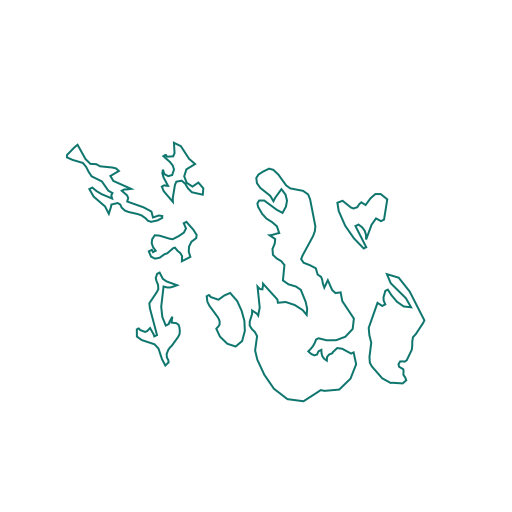 an SVG outline of Orkney, rotated 243°
{"feature_id": "GBR-2744", "entity_name": "Orkney", "entity_type": "Unitary District", "adm_level": 1, "iso_a3": "GBR", "parent_name": "United Kingdom", "parent_adm1": "", "projection": "robinson", "projection_center": [-2.916, 59.046], "detail": "fine", "context": "isolated", "style": "outline", "palette": "teal", "viewbox_px": 512, "rotation_deg": 243, "n_neighbors": 0, "source": "natural_earth", "source_scale": "10m", "svg_char_len": 5137}
<svg xmlns="http://www.w3.org/2000/svg" viewBox="0 0 512 512"><g transform="rotate(243 256 256)"><path d="M320.5,289.9L325.4,291.7L327.5,295.3L328.0,300.5L327.9,307.3L325.0,310.5L318.4,312.9L305.2,314.9L300.7,317.2L292.7,327.5L287.2,330.4L281.8,329.9L255.6,322.4L251.5,319.8L247.9,316.0L235.3,297.7L232.7,294.8L228.3,295.4L223.4,299.8L217.9,303.7L211.5,302.5L207.9,304.5L204.7,304.2L201.3,303.1L196.8,302.5L201.8,309.0L191.1,308.4L186.9,310.0L185.2,314.9L176.7,312.4L155.8,314.8L147.1,309.0L143.5,299.0L144.6,289.2L148.8,280.7L154.3,274.4L154.3,271.6L151.8,268.8L149.8,265.8L148.4,262.6L147.3,259.3L143.5,260.8L141.0,262.9L140.5,265.5L142.7,268.5L142.7,271.6L139.4,270.2L136.4,269.6L133.5,270.1L130.6,271.6L133.8,273.5L135.0,276.3L134.7,279.9L135.4,280.6L137.1,286.6L134.2,290.7L125.9,296.4L125.8,299.2L114.1,296.1L103.8,284.5L99.2,269.5L104.7,255.9L107.1,252.8L105.0,232.4L114.2,219.0L129.6,211.7L146.3,209.5L163.0,210.1L172.2,212.3L184.1,220.6L188.7,220.5L193.0,219.1L196.9,218.8L200.5,220.7L206.0,226.1L209.2,227.8L204.2,230.6L201.9,230.9L208.4,235.9L228.1,243.5L225.5,244.2L224.4,244.9L223.4,246.6L224.9,247.6L226.5,248.9L228.1,249.7L207.6,255.3L204.4,254.3L201.5,261.6L194.7,268.3L186.7,273.0L180.5,274.4L185.7,277.6L192.4,279.4L205.5,280.6L210.7,277.7L216.0,272.1L222.0,268.9L235.0,277.2L239.9,276.2L244.5,273.3L249.3,271.6L254.8,273.9L258.5,278.3L262.4,280.8L268.3,277.5L267.5,279.6L266.5,284.9L265.9,287.1L273.0,288.1L278.9,285.7L284.6,282.3L290.9,280.6L298.9,280.2L302.2,281.1L304.0,284.0L301.7,288.5L287.7,295.5L282.4,299.2L286.4,305.1L291.3,308.8L297.3,310.2L304.0,309.0L299.1,299.4L296.9,296.4L303.2,296.0L314.8,290.7L320.5,289.9ZM139.9,370.9L150.3,370.4L170.5,363.7L180.4,364.4L171.9,373.3L154.6,376.8L122.2,376.8L120.5,374.6L113.9,363.0L112.4,359.0L109.0,356.5L105.0,354.4L101.8,352.3L94.7,343.0L94.4,340.5L95.7,338.5L96.6,336.5L94.8,333.8L92.4,333.2L88.2,335.8L86.6,335.3L83.3,333.4L79.7,333.8L77.0,333.4L75.9,328.8L81.1,320.0L81.8,318.3L89.8,312.9L105.0,309.1L109.3,309.0L114.6,311.3L126.4,319.3L134.1,321.1L140.8,323.8L159.1,343.0L154.2,345.8L154.2,349.2L158.3,349.5L161.2,350.8L166.2,355.4L166.2,358.2L159.6,358.9L151.3,360.8L144.0,364.7L139.9,370.9ZM417.5,144.0L424.9,136.2L429.7,132.3L431.8,133.5L435.1,143.1L436.1,147.5L419.8,148.1L413.2,150.3L410.4,155.3L406.7,157.8L399.9,168.4L397.5,171.1L394.0,172.4L393.4,162.6L387.6,163.0L372.5,175.2L374.2,170.5L375.1,169.0L375.1,166.0L368.4,168.7L365.6,168.4L363.0,166.0L350.3,178.0L343.1,183.0L337.1,181.7L336.2,187.8L334.2,190.6L332.5,189.7L332.4,184.5L334.1,178.0L336.5,175.7L339.8,174.7L344.2,172.4L347.3,169.4L353.0,162.5L356.0,159.8L360.1,158.3L363.5,158.4L366.0,156.8L367.5,150.5L365.6,149.1L360.4,144.0L368.7,144.0L382.6,138.3L391.3,137.9L391.3,141.2L386.2,143.4L381.1,146.6L372.5,153.9L375.1,154.4L376.1,155.0L377.2,156.7L381.2,154.1L392.5,152.5L401.6,145.7L406.9,145.1L412.4,145.1L417.5,144.0ZM209.3,131.9L206.0,130.5L203.1,130.6L200.9,129.8L199.6,125.5L206.8,125.4L217.8,127.1L223.4,125.5L233.0,116.0L238.3,113.3L244.7,116.5L244.8,118.4L244.3,118.9L243.5,118.9L242.5,119.3L238.7,122.7L238.5,124.9L239.9,128.9L232.8,129.2L230.5,128.9L230.5,131.9L257.5,137.7L262.3,139.5L268.9,151.3L270.8,153.9L274.7,155.6L278.5,155.9L281.9,156.7L285.0,159.8L285.0,162.6L278.0,162.6L273.9,164.8L265.8,172.4L266.3,168.4L266.9,165.3L268.2,162.7L270.8,159.8L253.8,148.5L244.4,144.9L235.0,144.0L235.0,147.4L236.7,149.1L239.9,153.9L235.0,150.5L232.3,154.5L229.8,155.8L227.0,155.3L223.4,153.9L221.0,152.3L219.2,149.8L214.3,140.3L213.6,137.9L212.4,135.5L209.3,131.9ZM242.4,349.2L258.4,350.1L266.5,352.7L265.9,358.2L256.1,362.6L254.1,364.4L253.5,368.4L255.3,371.5L256.0,374.2L251.7,376.8L255.5,384.4L257.0,390.5L254.6,395.2L246.9,398.7L230.3,386.6L230.3,383.2L235.0,380.0L231.4,373.2L220.7,361.6L224.8,363.6L229.1,364.3L233.4,363.6L237.5,361.6L237.5,358.2L213.8,358.2L213.8,355.4L227.2,351.3L242.4,349.2ZM224.5,218.8L213.6,218.3L203.5,216.2L194.4,212.1L186.5,205.0L184.6,196.8L190.8,190.6L200.6,187.3L209.2,187.6L209.6,188.5L210.2,190.3L211.5,192.4L213.9,193.8L216.1,194.2L218.7,194.2L232.8,191.9L237.3,191.9L242.5,193.8L242.6,196.1L242.2,196.7L241.2,196.7L239.9,197.1L234.1,202.7L235.2,209.9L234.8,216.2L224.5,218.8ZM384.7,222.2L382.4,227.4L384.6,230.1L394.1,234.3L388.0,238.9L372.9,240.5L365.6,243.5L364.8,233.3L359.6,228.2L352.7,227.5L346.7,230.9L347.6,238.0L340.2,239.8L334.8,236.4L341.9,227.8L347.1,226.1L352.6,225.7L356.8,224.0L358.4,218.8L356.2,216.1L345.5,208.2L341.9,206.5L355.7,203.2L360.6,203.6L360.6,206.5L359.4,207.8L358.4,209.5L368.0,209.3L372.2,210.1L375.2,212.3L370.7,211.5L367.0,214.0L366.2,218.1L370.3,222.2L374.4,222.9L378.9,222.0L387.0,218.8L387.2,221.1L386.6,221.7L385.6,221.6L384.7,222.2ZM285.0,187.6L289.4,190.1L292.9,189.9L296.3,188.4L300.2,187.6L300.6,186.0L298.7,178.2L299.1,175.2L298.2,169.4L299.5,164.8L303.1,162.2L308.8,162.6L308.8,166.0L306.2,166.0L306.2,169.0L310.8,168.3L314.8,168.9L318.1,171.1L320.4,175.2L318.1,179.1L310.5,187.0L308.8,189.3L308.8,196.4L309.6,202.4L312.3,206.1L318.0,206.5L318.0,209.5L307.8,212.1L301.8,212.7L299.1,210.9L298.0,204.9L294.8,200.6L290.3,198.0L285.0,197.1L285.0,187.6Z" fill="none" stroke="#0f766e" stroke-width="2"/></g></svg>